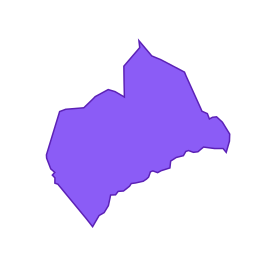 the district of Vicência, Pernambuco, Brazil, rotated 155°
{"feature_id": "56859067B62472660799714", "entity_name": "Vicência", "entity_type": "district", "adm_level": 2, "iso_a3": "BRA", "parent_name": "Brazil", "parent_adm1": "Pernambuco", "projection": "natural_earth1", "projection_center": [-35.361, -7.666], "detail": "fine", "context": "isolated", "style": "filled", "palette": "violet", "viewbox_px": 256, "rotation_deg": 155, "n_neighbors": 0, "source": "geoboundaries", "source_scale": "gbopen_adm2", "svg_char_len": 982}
<svg xmlns="http://www.w3.org/2000/svg" viewBox="0 0 256 256"><g transform="rotate(155 128 128)"><path d="M201.8,53.5L191.2,60.9L185.4,61.4L178.6,65.9L174.3,71.6L172.1,74.6L167.5,72.7L163.7,74.7L158.7,72.8L154.4,73.8L151.2,74.6L148.5,76.3L144.4,75.0L136.7,73.3L132.8,73.9L130.1,74.8L126.2,78.8L123.6,78.6L120.0,75.0L116.1,75.3L106.9,74.1L103.3,80.0L96.7,80.9L89.5,79.5L85.5,82.3L82.7,82.0L79.0,78.3L74.6,76.9L70.7,78.0L67.6,78.8L58.2,72.8L50.5,69.2L49.3,64.4L41.6,73.2L38.4,79.5L40.0,93.4L43.0,100.7L46.9,102.0L50.4,101.8L50.0,107.5L53.9,112.0L53.8,114.9L53.4,150.5L53.2,154.8L69.5,176.2L73.2,180.2L76.0,183.3L81.2,202.5L83.4,195.9L105.6,185.8L108.1,180.3L111.7,172.3L118.2,157.6L124.4,166.5L129.7,171.2L144.5,170.3L146.8,169.4L159.5,165.0L162.8,166.2L168.2,168.2L176.6,171.3L183.0,171.8L213.3,138.1L214.5,135.1L214.9,129.2L215.3,123.6L213.1,118.7L216.5,117.3L215.3,113.7L217.6,108.9L215.3,106.7L204.1,63.4L201.8,53.5Z" fill="#8b5cf6" stroke="#5b21b6" stroke-width="1.5"/></g></svg>